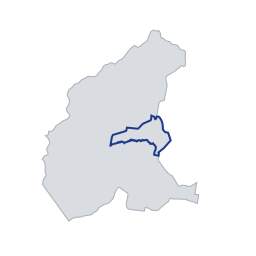 Unity on a map of South Sudan (Mercator projection), rotated 99°
{"feature_id": "SDS-871", "entity_name": "Unity", "entity_type": "State", "adm_level": 1, "iso_a3": "SSD", "parent_name": "South Sudan", "parent_adm1": "", "projection": "mercator", "projection_center": [30.188, 8.676], "detail": "fine", "context": "in_parent", "style": "outline", "palette": "blue", "viewbox_px": 256, "rotation_deg": 99, "n_neighbors": 0, "source": "natural_earth", "source_scale": "10m", "svg_char_len": 6439}
<svg xmlns="http://www.w3.org/2000/svg" viewBox="0 0 256 256"><g transform="rotate(99 128 128)"><path d="M205.8,195.1L198.3,202.5L197.8,203.0L196.9,203.6L193.9,203.6L190.8,203.2L187.9,201.3L185.0,202.8L183.2,203.2L182.1,203.4L179.5,203.7L175.9,204.5L174.2,205.5L173.3,206.2L172.6,207.7L172.2,207.9L171.6,207.7L170.6,207.1L168.7,206.3L167.7,204.4L166.8,203.3L166.1,202.7L163.0,204.5L161.5,205.0L160.3,204.9L158.1,203.9L155.6,203.0L154.3,203.0L152.4,204.1L150.3,205.8L149.1,207.4L148.6,208.4L147.8,206.9L147.1,205.9L146.1,205.6L144.0,205.9L143.5,205.4L143.4,204.1L143.1,203.0L142.6,202.1L141.0,201.2L136.9,199.4L133.7,195.8L132.1,194.2L131.0,193.1L129.3,190.3L127.4,188.4L125.2,187.5L123.7,187.9L122.1,190.0L119.2,191.9L117.9,192.0L116.1,190.9L114.0,190.2L110.1,189.9L108.5,190.8L106.4,192.3L104.7,193.2L103.6,193.3L102.5,192.9L101.4,192.7L100.4,192.7L98.3,191.3L97.2,190.3L96.5,189.4L95.4,188.7L94.0,188.2L93.0,187.3L92.5,186.2L91.8,184.9L90.8,183.6L87.6,181.4L86.7,180.1L86.0,178.8L84.7,177.4L83.3,175.5L82.9,172.7L82.8,170.5L82.6,169.5L82.0,168.5L81.3,167.6L80.2,166.6L77.6,165.2L75.0,163.5L73.7,162.5L71.3,162.2L69.8,161.2L68.6,159.2L68.1,157.5L66.9,156.2L66.4,155.2L66.1,154.2L67.0,150.9L65.6,149.7L63.5,148.2L62.0,146.5L61.1,145.0L58.4,143.0L52.5,140.0L49.2,138.0L47.3,136.3L45.7,134.6L45.5,133.9L46.6,132.2L46.7,130.9L45.9,129.3L42.4,126.4L39.6,123.3L37.4,122.3L32.3,121.4L30.8,121.0L29.3,120.4L27.8,119.0L27.3,117.3L28.0,114.6L27.6,113.8L26.7,113.5L26.9,113.0L27.9,111.7L29.5,110.8L33.7,109.5L33.9,108.9L34.0,107.2L34.4,106.4L35.8,104.1L36.0,103.1L36.1,101.1L36.3,100.2L36.7,99.5L37.9,98.3L38.3,97.6L38.4,96.1L38.3,93.1L38.9,91.9L41.6,89.1L42.3,87.9L42.5,86.8L42.5,85.6L42.7,84.5L43.4,83.5L44.1,83.1L46.1,82.8L47.4,83.0L56.8,81.1L57.9,81.4L58.4,82.5L58.3,84.3L58.5,85.1L59.0,85.8L60.5,86.6L61.5,88.0L62.0,88.6L63.5,89.5L70.5,97.7L72.4,98.4L74.3,98.2L78.1,96.5L80.0,96.0L93.2,96.5L94.7,96.3L94.8,96.3L96.8,100.4L97.8,101.3L112.3,101.4L112.0,100.2L112.2,98.9L114.7,96.4L115.1,96.1L117.3,94.9L119.5,94.1L123.7,93.2L125.3,91.7L126.1,90.3L126.1,87.7L126.7,87.3L127.7,86.6L132.6,84.3L133.4,83.8L142.0,89.3L146.8,93.7L147.1,93.9L147.3,93.9L147.6,93.8L147.8,93.6L148.4,93.4L150.5,93.3L154.4,93.1L155.6,92.6L163.5,84.8L165.5,82.3L166.0,81.8L167.1,80.0L168.3,77.0L168.5,76.6L177.1,69.3L177.4,68.7L177.5,68.2L176.2,65.8L175.9,64.5L175.9,62.6L176.1,59.6L176.0,57.7L175.9,57.2L171.1,51.6L183.2,51.6L183.2,50.9L183.2,50.7L182.9,50.0L182.8,49.2L182.8,48.7L182.9,48.3L182.9,48.0L182.9,47.8L182.9,47.7L191.6,47.7L191.5,49.3L190.4,52.9L190.5,55.0L190.2,57.5L189.9,58.2L189.5,58.8L189.3,59.1L189.3,59.4L191.1,73.1L191.0,73.7L190.5,74.6L190.4,74.9L190.4,75.1L190.5,75.2L194.6,76.7L194.7,76.8L194.9,76.9L196.3,78.7L204.2,85.2L204.5,85.5L205.3,87.6L205.4,87.9L205.4,88.4L205.4,88.8L205.2,90.0L205.3,90.5L205.4,90.9L205.5,91.3L205.5,91.5L205.5,91.8L204.3,94.1L203.9,95.8L203.8,97.2L203.9,98.0L204.0,98.5L204.1,98.8L207.6,98.8L207.6,99.6L208.1,111.9L208.1,113.3L207.9,115.1L207.5,115.8L206.6,116.7L205.4,117.6L202.3,117.9L199.7,117.8L197.9,117.6L195.4,117.5L193.1,117.7L192.3,118.5L189.2,125.0L188.2,126.7L188.0,127.6L188.2,128.2L189.5,129.0L192.1,130.2L195.1,130.9L197.4,131.2L198.9,131.5L200.1,131.8L204.4,134.8L205.8,136.2L206.6,137.4L206.8,138.7L207.4,140.0L211.3,144.1L215.0,146.0L216.5,148.2L217.8,149.3L219.2,150.4L219.9,152.1L221.5,157.0L222.6,159.6L223.7,161.7L224.1,165.1L225.0,166.6L225.9,168.5L227.4,170.2L229.0,171.5L229.3,171.8L213.1,187.7L205.8,195.1Z" fill="#d9dde1" stroke="#a8b0b8" stroke-width="1"/><path d="M147.5,94.1L147.8,93.9L148.0,93.7L148.3,93.6L148.6,93.5L150.6,93.5L150.4,97.8L150.2,98.0L149.9,98.1L149.6,98.1L148.2,98.1L147.4,98.0L145.1,97.5L142.9,97.4L142.5,97.5L142.2,97.6L142.0,97.8L141.9,98.1L141.6,98.3L141.4,98.4L141.1,98.5L140.9,98.7L140.7,99.3L140.5,99.5L140.3,99.7L140.1,99.9L140.0,100.3L139.8,100.6L139.4,100.8L139.2,100.9L139.5,101.4L139.6,101.6L139.8,101.6L140.0,102.0L140.0,103.2L139.9,103.3L139.7,103.5L139.9,103.7L139.6,103.9L139.4,104.1L139.1,104.2L139.0,104.6L138.9,105.2L138.8,105.4L138.6,105.6L138.4,105.7L138.2,105.8L138.0,106.2L138.0,106.3L137.9,106.4L137.6,106.7L137.2,106.8L137.0,107.0L136.9,107.2L136.8,107.5L136.8,107.9L136.9,108.1L137.2,108.5L137.2,108.9L137.2,109.1L137.3,109.4L137.5,109.6L137.6,109.8L137.6,110.1L137.6,110.7L137.7,111.0L137.9,110.9L138.0,111.2L137.9,111.4L137.7,111.6L137.5,111.8L137.6,112.0L138.5,112.9L138.6,113.0L138.9,113.0L139.0,113.2L139.0,113.4L138.8,113.7L138.5,114.2L138.4,114.4L138.3,114.6L138.2,114.8L138.2,115.1L138.3,115.1L138.3,114.9L138.5,114.9L138.5,115.1L138.4,115.3L138.3,115.5L138.7,115.9L138.7,116.1L138.8,116.2L139.3,116.6L139.3,116.9L139.3,117.0L139.6,116.9L139.7,117.0L139.9,117.3L139.9,117.6L139.8,117.8L139.7,118.3L139.4,118.5L139.2,119.1L139.4,119.3L139.5,119.8L139.6,120.0L139.2,120.2L139.5,120.9L139.5,121.1L139.2,121.3L139.3,121.6L139.3,121.8L139.0,121.9L138.9,122.3L139.0,123.0L139.2,123.6L139.7,123.4L139.7,123.7L139.9,123.7L140.1,123.6L140.3,123.7L140.5,123.9L140.5,124.1L140.5,124.4L140.5,124.6L140.7,125.0L141.1,125.4L141.3,125.7L141.1,125.9L142.2,127.2L142.4,127.9L142.5,128.0L142.6,128.6L142.7,128.8L143.0,128.9L143.1,129.0L142.8,129.2L142.8,129.3L143.0,129.3L143.3,129.4L143.2,129.5L143.1,129.8L143.1,130.0L142.9,130.1L142.7,130.3L142.6,130.5L142.5,131.4L142.6,131.7L142.5,131.8L142.4,131.9L142.3,132.1L142.4,132.3L142.7,132.5L142.8,132.6L142.9,132.8L142.8,133.0L143.3,133.3L143.5,133.6L143.6,133.9L143.7,134.3L143.7,134.5L143.3,134.7L143.2,134.8L143.3,135.0L143.5,135.2L143.6,135.3L143.8,135.5L143.8,135.8L144.0,135.9L144.3,135.9L144.3,136.2L144.5,136.5L145.0,137.1L145.2,137.5L145.3,138.3L145.4,138.5L145.7,138.9L145.8,139.4L146.0,139.7L146.2,140.0L146.3,140.2L146.4,140.8L146.5,140.9L146.7,141.0L147.1,141.5L148.0,142.0L148.1,142.6L139.4,142.5L137.2,141.8L131.4,129.8L131.2,129.5L130.9,129.4L130.6,129.3L127.8,129.1L127.2,118.3L127.0,118.0L126.7,117.6L121.5,114.0L116.8,106.8L115.8,106.5L112.1,106.8L112.3,106.3L112.7,104.3L113.0,103.7L113.4,103.4L114.2,103.1L114.6,102.9L115.0,102.6L115.1,102.4L114.9,102.2L114.7,102.0L114.5,101.9L114.2,101.7L113.9,101.6L113.7,101.5L113.4,101.5L113.1,101.6L112.9,101.6L112.6,101.5L112.5,101.4L112.3,101.4L112.0,100.9L112.0,100.3L112.0,99.5L112.4,98.8L113.5,97.6L114.9,96.5L115.3,96.2L117.5,95.0L119.7,94.2L123.9,93.3L125.4,91.8L126.3,90.5L126.3,87.8L126.9,87.4L127.9,86.8L132.7,84.4L133.6,83.9L137.9,86.7L142.2,89.4L147.0,93.8L147.3,94.0L147.5,94.1Z" fill="none" stroke="#1e3a8a" stroke-width="2"/></g></svg>